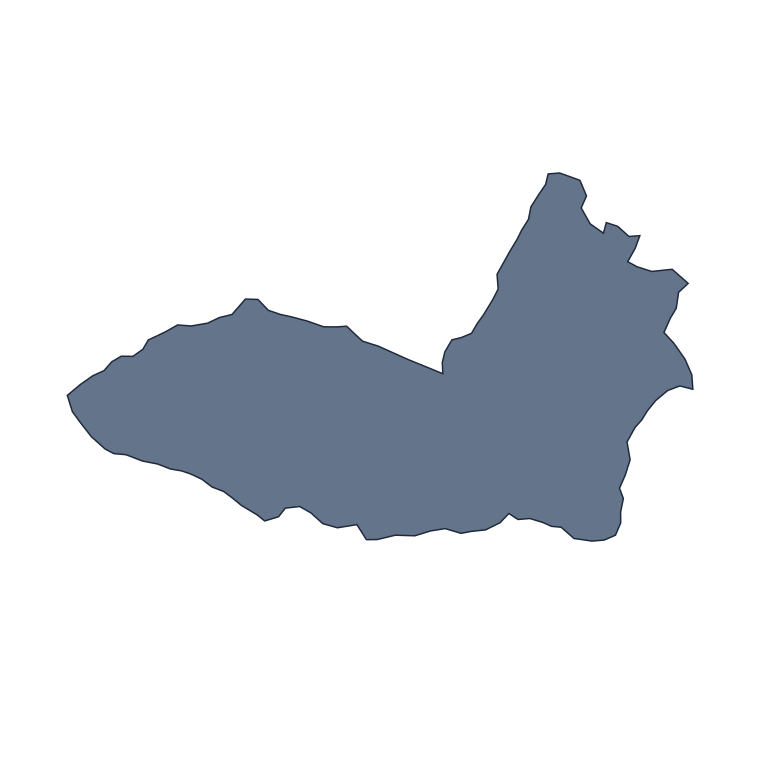 Quatiguá, Paraná, Brazil (Albers equal-area conic projection), rotated 352°
{"feature_id": "56859067B81850837706084", "entity_name": "Quatiguá", "entity_type": "district", "adm_level": 2, "iso_a3": "BRA", "parent_name": "Brazil", "parent_adm1": "Paraná", "projection": "albers", "projection_center": [-49.931, -23.557], "detail": "fine", "context": "isolated", "style": "filled", "palette": "slate", "viewbox_px": 768, "rotation_deg": 352, "n_neighbors": 0, "source": "geoboundaries", "source_scale": "gbopen_adm2", "svg_char_len": 1723}
<svg xmlns="http://www.w3.org/2000/svg" viewBox="0 0 768 768"><g transform="rotate(352 384 384)"><path d="M68.8,351.2L71.6,368.1L77.9,379.9L86.9,395.5L98.8,409.6L106.7,415.3L118.6,418.1L134.1,426.7L148.6,431.7L160.8,438.5L171.3,441.8L180.0,446.2L190.4,453.0L199.3,462.0L210.2,468.1L217.8,475.6L226.1,484.6L240.0,495.8L246.8,503.0L261.1,500.8L269.0,493.2L283.5,493.6L293.7,501.5L304.0,513.8L317.9,519.9L337.6,519.5L344.9,535.7L355.7,537.1L374.2,535.3L393.4,538.6L409.5,536.0L424.4,535.7L439.5,542.6L450.1,542.1L464.2,542.6L479.7,537.5L489.6,529.6L497.8,536.8L509.7,537.5L522.0,543.2L530.2,548.3L539.5,550.5L550.6,563.4L568.1,568.5L580.3,569.2L592.2,565.9L599.1,554.4L600.5,543.7L605.1,530.7L602.7,520.0L610.3,507.7L617.2,493.2L616.6,475.2L626.5,462.0L634.3,455.4L641.0,447.3L650.6,438.3L664.1,429.9L676.6,427.1L689.1,432.2L690.1,417.7L685.5,401.2L676.6,383.8L668.4,372.0L676.6,358.8L683.9,349.8L688.5,334.2L699.2,326.7L685.3,310.5L664.8,309.8L650.7,303.0L642.4,296.8L651.7,284.5L658.0,272.7L647.1,272.0L637.4,260.4L626.6,255.1L622.3,265.2L610.4,254.0L603.8,237.1L610.7,225.9L606.4,209.6L587.3,199.5L575.8,198.8L571.8,208.9L564.1,217.3L554.1,229.1L550.0,241.0L541.8,250.7L536.1,259.0L526.9,270.4L511.2,291.1L510.3,305.8L503.5,315.5L492.0,329.5L485.0,336.8L477.7,346.0L466.8,348.8L457.4,349.7L448.7,360.7L444.7,370.8L443.7,382.0L410.9,362.9L383.7,345.8L368.6,338.5L361.3,329.5L355.1,321.6L345.4,320.9L332.3,319.0L317.0,311.1L301.9,304.7L291.1,300.7L279.8,295.0L270.9,282.7L258.6,280.6L243.1,294.0L230.2,295.3L217.8,299.2L201.2,299.7L187.8,296.8L174.9,301.9L156.7,307.6L150.1,316.0L139.2,321.7L127.8,319.9L117.5,324.1L108.6,331.8L96.8,335.3L83.5,342.1L68.8,351.2Z" fill="#64748b" stroke="#1e293b" stroke-width="1.5"/></g></svg>